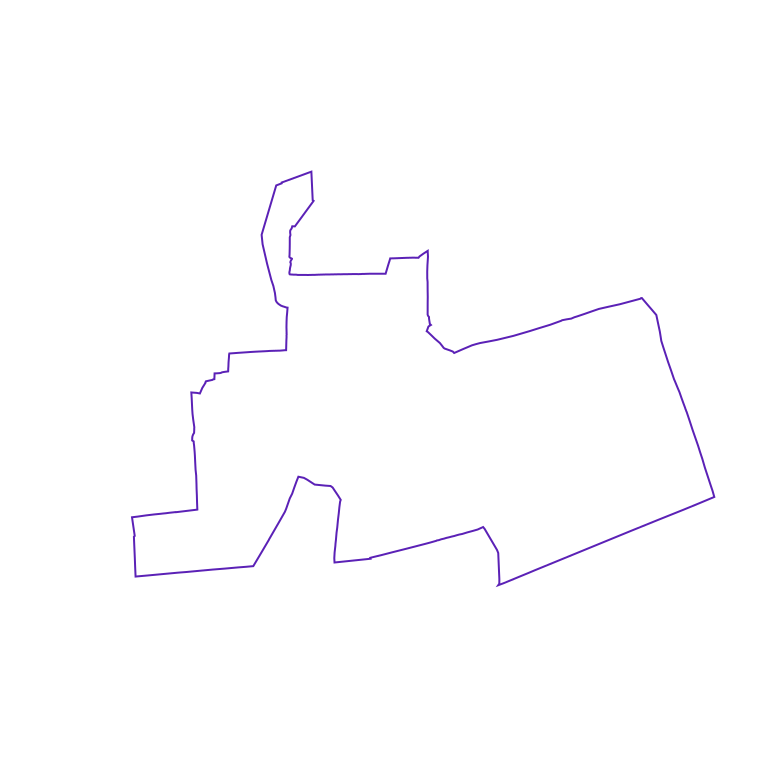 outline of Teoloyucan, México, Mexico, rotated 75°
{"feature_id": "50627088B68234574802161", "entity_name": "Teoloyucan", "entity_type": "district", "adm_level": 2, "iso_a3": "MEX", "parent_name": "Mexico", "parent_adm1": "México", "projection": "equal_earth", "projection_center": [-99.177, 19.758], "detail": "fine", "context": "isolated", "style": "outline", "palette": "violet", "viewbox_px": 768, "rotation_deg": 75, "n_neighbors": 0, "source": "geoboundaries", "source_scale": "gbopen_adm2", "svg_char_len": 5067}
<svg xmlns="http://www.w3.org/2000/svg" viewBox="0 0 768 768"><g transform="rotate(75 384 384)"><path d="M254.4,465.9L260.7,465.5L265.4,465.7L267.9,465.8L272.3,466.4L275.2,466.9L276.7,466.6L277.9,466.1L279.4,465.2L281.1,463.7L281.4,463.5L282.7,461.8L283.3,460.8L284.9,458.4L285.3,457.4L290.1,459.1L294.1,460.6L298.6,462.0L303.8,463.5L304.2,463.6L306.7,464.2L308.3,464.6L309.6,464.9L310.1,465.1L310.6,465.1L312.2,465.7L313.2,465.9L316.6,467.0L326.0,469.8L325.7,471.1L324.9,475.6L322.9,484.0L322.4,486.2L322.0,488.3L321.7,489.7L321.3,491.6L319.8,498.5L318.6,504.3L317.6,509.5L317.4,510.5L316.1,517.1L315.4,520.9L314.5,525.5L315.5,526.0L318.5,527.0L322.7,528.5L326.9,529.8L329.2,530.6L330.7,531.0L331.5,531.3L331.1,534.2L330.9,536.0L330.8,537.5L331.0,538.2L331.0,539.7L330.4,542.8L329.9,544.9L335.4,546.6L335.3,547.8L335.6,548.6L335.6,549.1L335.3,555.3L336.2,556.1L336.6,556.1L339.9,559.6L340.5,560.3L345.5,564.3L344.1,567.2L343.2,569.8L342.3,572.3L347.8,573.4L353.3,574.6L358.8,575.8L363.4,576.7L369.0,577.5L376.6,578.4L378.4,579.0L378.6,579.0L382.1,580.1L382.7,580.8L383.7,581.7L385.0,582.6L386.2,583.1L387.5,583.5L388.9,583.9L390.2,582.7L392.1,583.1L393.1,583.2L394.5,583.4L400.7,584.5L404.2,585.2L410.6,586.6L418.1,588.2L423.8,589.1L432.0,591.0L436.5,592.1L443.2,593.6L449.9,595.2L456.5,596.7L457.0,596.8L457.0,597.0L456.0,604.0L455.0,611.0L454.0,618.0L453.9,618.0L453.8,618.3L453.5,620.4L452.9,624.2L452.6,626.4L452.4,628.0L451.9,631.0L451.5,633.7L450.5,639.8L449.4,647.4L448.3,656.4L447.5,661.9L466.2,664.1L466.8,665.1L469.0,665.6L475.3,667.0L481.6,668.4L487.9,669.8L496.2,671.7L505.7,673.8L507.8,661.7L509.1,654.1L510.4,646.5L511.7,638.9L513.0,631.3L514.4,623.8L515.7,616.2L517.0,608.6L517.4,606.3L518.9,597.5L521.0,586.1L521.2,585.0L523.4,572.4L524.8,564.9L526.1,557.4L515.6,546.6L504.7,535.5L504.4,535.3L490.0,520.9L481.8,512.8L479.2,510.8L470.1,504.6L466.2,501.1L461.0,497.6L455.7,493.9L451.4,490.7L453.9,485.7L456.6,482.9L463.2,477.0L467.0,466.9L467.1,466.6L468.7,462.0L470.7,460.4L474.3,459.2L479.8,457.3L484.7,455.8L486.4,456.9L491.5,459.0L497.3,461.2L503.0,463.5L510.5,466.3L515.3,468.3L522.2,470.8L525.5,472.1L527.8,472.9L533.9,475.3L539.4,477.1L543.6,478.0L548.7,446.1L549.3,442.2L548.7,442.2L548.3,442.2L548.6,430.6L548.7,419.0L548.9,405.6L549.0,396.2L549.1,384.6L549.1,380.1L549.0,374.3L549.0,374.0L548.8,373.5L549.0,371.5L548.8,368.9L548.9,366.1L548.8,363.5L548.9,360.8L548.9,358.0L549.0,355.5L548.9,352.7L548.9,350.2L549.1,347.3L549.0,344.6L548.9,342.1L548.9,339.5L548.9,336.3L548.8,331.2L547.8,325.3L550.0,324.3L573.5,317.8L576.8,317.4L602.4,323.1L606.7,324.3L607.9,325.7L607.4,320.2L605.9,308.7L604.9,301.1L603.9,293.3L603.0,286.8L599.7,260.9L596.4,235.1L593.1,209.3L589.8,183.5L586.3,155.2L582.9,126.8L580.8,110.5L578.6,94.2L572.3,94.3L565.8,94.7L558.5,95.1L547.8,95.7L543.3,95.8L538.7,95.9L531.8,96.3L524.8,96.6L516.6,97.2L508.4,97.8L498.8,98.3L489.2,98.9L488.1,99.1L487.4,99.1L486.0,99.3L485.1,99.3L479.9,99.8L474.0,100.3L468.4,100.7L464.2,101.3L456.4,102.3L454.6,102.6L445.4,103.2L441.4,103.5L436.3,103.9L426.7,104.4L421.1,104.7L414.1,105.0L409.6,104.5L404.7,104.0L397.0,103.6L387.8,103.1L381.7,106.0L375.7,108.9L369.6,111.8L367.7,112.7L367.6,113.6L368.0,114.2L368.0,121.3L368.0,128.5L368.0,135.6L367.5,146.6L367.1,157.0L367.6,164.2L368.2,172.1L368.7,180.0L368.8,182.8L369.3,186.2L368.8,191.0L368.5,195.4L368.8,196.5L369.8,208.2L370.2,220.2L370.6,229.3L370.8,237.9L371.0,246.6L370.8,255.0L370.6,263.3L370.0,271.9L369.3,280.6L369.3,282.2L369.3,284.8L369.4,289.0L370.0,293.2L370.7,298.3L372.2,308.2L371.9,308.4L371.2,308.7L370.4,309.2L369.4,310.6L368.7,311.5L365.5,316.2L364.6,317.0L361.9,318.1L360.3,318.8L358.9,319.4L353.2,323.3L349.3,325.6L346.2,327.5L345.1,328.2L344.1,329.1L340.0,326.2L339.6,325.1L339.1,323.4L338.6,323.7L338.7,324.0L338.2,324.2L336.3,324.0L332.6,323.6L331.8,323.4L330.9,323.2L329.5,323.8L328.3,323.9L327.2,323.6L316.5,320.7L311.2,319.2L304.0,317.4L296.8,315.5L293.2,314.9L290.2,314.1L286.4,313.1L280.5,311.3L272.5,308.6L270.7,308.2L268.2,307.7L266.7,307.3L268.3,312.2L269.7,315.9L270.0,316.7L271.0,318.0L269.5,323.2L268.0,329.4L265.4,340.9L264.3,345.5L265.0,345.9L266.1,346.6L266.5,346.8L268.0,347.8L271.2,349.8L277.9,353.9L273.7,369.7L273.4,370.9L272.4,375.3L272.0,376.8L271.9,377.5L271.5,379.0L271.4,379.7L270.6,382.5L270.4,383.3L269.6,386.3L268.8,389.5L268.1,392.4L267.8,393.4L267.5,394.5L266.9,397.2L266.2,399.7L264.4,407.0L263.5,410.5L263.4,410.8L261.4,419.2L261.0,421.0L260.8,422.0L260.0,425.2L259.2,428.5L256.4,438.9L255.7,440.5L254.9,443.3L254.5,444.4L254.2,445.4L253.7,446.6L253.2,446.8L252.0,446.6L251.0,446.2L249.5,445.4L248.7,445.2L247.4,444.6L245.9,443.8L245.0,443.3L243.7,442.9L243.0,442.8L242.4,443.0L241.4,442.6L240.2,441.5L239.6,440.7L239.1,440.5L238.4,441.3L237.9,441.9L237.4,442.2L236.7,442.5L234.8,441.8L228.7,440.0L224.1,438.7L217.8,437.0L215.9,435.8L213.6,435.5L211.8,435.0L210.9,434.3L209.9,433.0L207.9,431.8L208.7,429.3L188.9,404.6L188.0,405.3L160.1,399.2L162.9,430.7L163.7,430.9L164.3,436.7L208.2,463.6L217.6,465.1L237.6,465.8L254.4,465.9Z" fill="none" stroke="#5b21b6" stroke-width="2"/></g></svg>